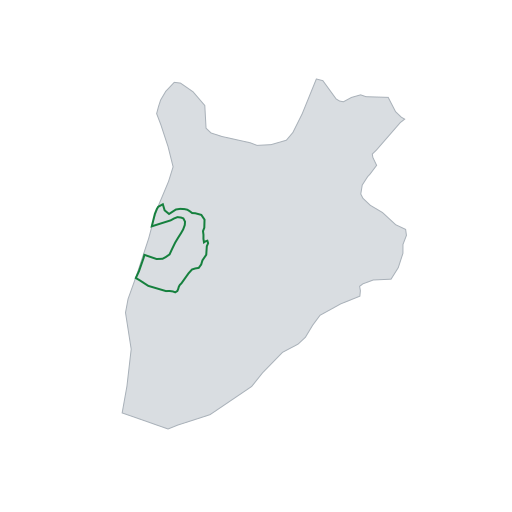 where Bujumbura Rural sits in Burundi, rotated 18°
{"feature_id": "BDI-4854", "entity_name": "Bujumbura Rural", "entity_type": "Province", "adm_level": 1, "iso_a3": "BDI", "parent_name": "Burundi", "parent_adm1": "", "projection": "natural_earth1", "projection_center": [29.411, -3.493], "detail": "fine", "context": "in_parent", "style": "outline", "palette": "green", "viewbox_px": 512, "rotation_deg": 18, "n_neighbors": 0, "source": "natural_earth", "source_scale": "10m", "svg_char_len": 1929}
<svg xmlns="http://www.w3.org/2000/svg" viewBox="0 0 512 512"><g transform="rotate(18 256 256)"><path d="M355.1,79.9L352.0,84.5L337.8,118.0L335.1,123.1L336.7,126.2L342.7,132.5L339.1,143.0L337.7,145.9L335.1,155.7L336.5,164.7L339.9,168.1L349.1,172.5L362.9,175.6L379.2,183.1L390.1,184.5L392.7,189.9L392.2,199.6L394.9,208.0L394.9,223.1L391.6,236.3L374.9,242.6L366.3,249.4L363.9,252.8L366.0,256.8L367.2,262.1L351.4,275.3L335.2,292.6L331.3,304.2L328.1,318.0L323.3,326.7L311.0,339.4L298.4,364.9L292.2,381.4L261.3,421.1L233.8,441.0L225.8,447.7L177.2,446.6L173.5,419.8L166.1,383.2L149.4,350.2L147.6,336.4L148.4,309.8L148.5,272.3L147.4,252.2L147.7,237.5L149.8,212.0L149.6,196.8L138.6,179.2L124.9,160.5L117.5,151.3L117.1,143.9L117.1,137.1L119.3,127.2L124.6,116.1L130.7,114.9L145.4,119.3L160.8,128.7L169.0,149.9L175.2,152.9L186.6,152.9L215.6,150.1L222.8,150.5L236.0,145.4L249.1,136.5L252.9,127.2L256.0,106.4L258.7,69.0L265.4,68.6L283.7,81.9L287.6,82.8L291.5,82.3L297.8,75.7L305.7,70.4L311.4,70.5L332.7,64.3L344.1,75.6L351.3,79.1L355.1,79.9Z" fill="#d9dde1" stroke="#a8b0b8" stroke-width="1"/><path d="M147.7,260.0L146.8,247.1L147.2,241.8L147.8,239.4L151.4,235.6L155.0,240.8L160.3,242.9L165.5,236.5L169.3,234.6L173.5,233.5L176.4,233.2L179.2,233.9L182.0,234.9L185.0,234.1L191.3,233.8L195.8,237.3L198.1,245.1L197.9,248.7L199.5,252.1L200.7,255.9L202.3,259.1L203.3,257.8L205.0,256.5L206.5,258.6L206.2,261.9L208.3,270.2L206.4,276.7L206.5,281.0L205.2,285.0L202.1,286.6L199.3,288.6L197.2,293.3L193.5,305.1L192.5,307.0L192.1,309.1L192.2,311.4L192.0,313.6L190.4,315.5L187.9,315.4L184.5,316.0L181.2,317.2L162.8,317.7L152.3,314.9L148.5,314.1L149.4,306.6L149.7,292.5L149.5,289.4L162.4,289.6L168.0,287.5L170.5,284.9L173.3,281.2L174.0,275.4L175.0,268.2L176.3,262.6L177.6,257.6L178.5,253.3L178.7,248.6L177.9,245.3L175.3,242.7L172.8,242.6L169.3,243.3L166.5,245.6L163.8,248.5L156.2,253.9L147.7,260.0Z" fill="none" stroke="#15803d" stroke-width="2"/></g></svg>